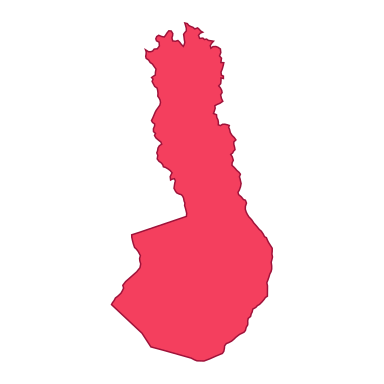 outline of Belo Campo, Bahia, Brazil
{"feature_id": "56859067B86172469264415", "entity_name": "Belo Campo", "entity_type": "district", "adm_level": 2, "iso_a3": "BRA", "parent_name": "Brazil", "parent_adm1": "Bahia", "projection": "mercator", "projection_center": [-41.2, -14.961], "detail": "fine", "context": "isolated", "style": "filled", "palette": "rose", "viewbox_px": 384, "rotation_deg": 0, "n_neighbors": 0, "source": "geoboundaries", "source_scale": "gbopen_adm2", "svg_char_len": 3699}
<svg xmlns="http://www.w3.org/2000/svg" viewBox="0 0 384 384"><path d="M184.8,23.0L185.4,24.9L186.3,28.2L186.3,30.9L184.9,32.5L183.6,34.3L184.0,36.8L184.3,39.5L184.8,42.3L184.2,44.6L183.3,46.4L181.3,44.4L179.6,42.1L177.9,40.5L175.4,41.3L172.7,40.9L171.9,37.9L172.6,35.7L172.8,33.6L171.2,31.0L168.8,30.8L167.0,33.0L165.5,35.4L164.2,37.0L161.7,36.5L158.7,35.3L156.7,36.6L155.8,38.8L156.5,40.8L159.1,42.2L159.4,46.0L157.3,48.8L154.2,49.1L152.6,51.1L150.8,51.7L148.5,51.7L145.5,49.8L146.2,51.8L146.1,54.1L145.7,56.4L146.2,58.4L148.6,60.0L150.2,62.5L152.4,64.0L154.2,66.6L156.0,69.1L155.4,72.4L155.3,75.0L153.6,76.1L151.6,77.5L153.0,79.1L152.1,81.5L153.3,83.8L154.7,86.4L157.1,88.1L157.7,90.6L158.0,93.3L157.8,96.2L159.2,98.2L160.1,100.1L160.5,102.5L159.9,105.1L158.0,107.8L156.2,110.3L155.2,112.2L154.2,114.6L152.9,117.7L151.5,120.6L152.6,122.5L154.6,123.8L154.6,126.0L153.4,128.8L153.5,131.6L155.5,133.4L154.5,135.5L156.0,138.0L158.7,140.3L160.9,142.0L161.7,144.2L159.4,145.7L158.0,148.0L157.6,150.6L156.8,152.9L157.8,155.4L157.2,158.9L159.0,161.3L161.3,162.9L162.8,164.8L163.4,166.8L165.5,167.4L167.9,168.8L170.3,170.6L172.0,172.8L170.2,176.6L170.6,180.0L172.3,179.1L174.4,178.7L175.4,181.0L174.8,182.9L174.4,185.5L174.0,188.3L175.6,191.4L176.8,192.9L179.1,194.0L181.4,194.7L182.7,196.2L183.6,198.2L184.1,201.0L184.9,203.0L184.6,205.5L185.3,207.7L186.1,210.8L186.7,213.4L186.4,216.4L138.9,232.5L131.7,234.8L131.8,237.3L132.5,240.6L133.4,244.0L134.6,247.5L136.2,248.9L138.1,251.3L140.4,255.6L139.6,258.5L139.8,260.8L140.7,263.9L140.0,267.7L138.1,270.0L136.7,271.8L125.6,281.6L122.8,285.3L123.6,288.1L122.3,290.9L120.9,293.3L117.8,296.2L115.4,298.0L114.2,300.4L112.5,302.7L111.5,304.6L142.0,333.2L150.9,346.9L162.9,350.1L191.2,358.1L194.4,359.8L196.9,360.8L204.0,361.0L209.6,358.9L216.1,356.0L222.4,353.4L223.8,351.3L224.4,348.3L224.6,345.8L226.4,343.5L228.6,342.7L231.6,341.1L233.9,339.2L235.7,337.4L238.2,335.4L239.7,334.3L242.0,333.2L244.0,332.2L245.4,330.5L246.2,327.3L247.7,324.9L247.8,322.9L247.7,320.9L248.2,318.4L250.6,316.4L251.2,313.9L252.2,311.9L252.8,309.1L255.8,307.4L257.4,305.6L259.5,304.4L262.0,301.9L264.1,299.4L265.4,297.5L267.4,296.2L267.5,285.8L266.8,282.8L268.0,279.7L268.9,277.1L269.8,274.0L271.1,271.5L271.7,269.0L271.7,265.9L271.2,262.2L272.0,259.2L272.5,257.0L271.9,254.0L272.2,251.3L272.2,248.2L270.2,245.1L268.5,242.4L267.5,240.4L266.4,237.7L264.5,236.7L263.3,234.2L261.3,231.2L259.3,229.5L256.7,226.3L253.7,222.9L251.9,220.1L250.4,218.4L248.9,216.9L247.4,214.5L246.2,212.1L245.3,209.2L245.4,206.3L246.5,203.1L245.4,200.2L243.4,199.5L241.3,196.9L238.6,194.6L238.0,192.3L239.3,190.1L240.5,186.8L241.1,183.5L240.5,181.0L240.1,179.0L239.4,176.8L240.4,174.2L239.0,172.3L236.7,170.3L235.3,168.6L233.9,167.1L232.0,165.4L232.1,162.8L233.3,160.3L232.2,156.6L230.7,154.4L232.6,153.0L233.6,151.1L235.0,149.7L234.6,147.3L233.8,144.3L233.8,141.9L235.9,139.9L234.3,137.6L232.1,135.5L230.3,132.6L229.5,129.2L228.6,127.3L229.3,125.5L227.4,124.8L224.8,124.2L222.5,124.3L220.5,125.6L218.3,124.8L218.4,122.4L218.0,120.0L216.7,117.3L216.5,114.7L213.5,113.5L214.3,111.2L215.2,108.2L214.8,105.8L217.0,104.5L219.9,103.3L222.8,101.3L221.5,98.6L220.6,94.8L222.1,92.6L221.7,90.4L220.3,87.7L218.7,85.9L220.7,83.6L221.0,80.7L221.0,78.0L223.4,78.5L223.4,76.1L221.4,75.1L221.0,72.1L222.3,68.9L223.3,65.2L223.8,62.7L220.9,62.5L221.5,58.2L219.5,55.9L220.8,52.6L220.4,49.0L218.0,47.3L215.9,46.5L213.0,46.6L210.9,48.2L210.2,45.6L211.6,43.3L213.5,41.2L210.4,40.7L208.4,40.4L206.6,39.1L204.4,39.5L202.9,38.1L199.6,38.4L198.5,35.3L200.2,33.2L202.7,32.2L200.7,31.0L199.1,29.2L197.6,27.9L194.8,28.9L192.9,27.3L190.8,26.5L188.8,25.5L187.3,23.6L184.8,23.0Z" fill="#f43f5e" stroke="#9f1239" stroke-width="1.5"/></svg>